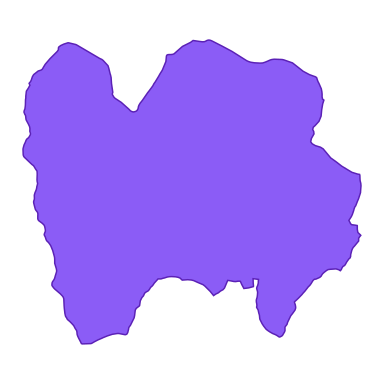 the district of Si Ma Cai, Lào Cai, Vietnam
{"feature_id": "81297802B8681355150837", "entity_name": "Si Ma Cai", "entity_type": "district", "adm_level": 2, "iso_a3": "VNM", "parent_name": "Vietnam", "parent_adm1": "Lào Cai", "projection": "albers", "projection_center": [104.253, 22.664], "detail": "fine", "context": "isolated", "style": "filled", "palette": "violet", "viewbox_px": 384, "rotation_deg": 0, "n_neighbors": 0, "source": "geoboundaries", "source_scale": "gbopen_adm2", "svg_char_len": 5849}
<svg xmlns="http://www.w3.org/2000/svg" viewBox="0 0 384 384"><path d="M359.6,174.4L357.7,174.1L351.9,172.3L341.8,166.2L336.8,162.3L330.7,157.9L323.2,148.9L320.5,147.2L315.3,145.6L312.2,143.8L310.7,141.8L311.4,138.5L314.0,133.9L313.7,131.4L312.7,129.5L313.3,127.2L315.1,125.6L319.0,121.3L321.1,116.1L321.7,109.8L322.7,103.9L323.9,100.1L322.5,99.1L322.5,98.6L322.1,97.0L322.1,94.1L321.9,91.9L321.3,88.8L319.0,83.5L318.0,81.6L317.4,80.0L316.7,77.8L316.5,77.5L315.6,76.9L314.8,76.5L314.3,76.4L309.4,74.6L303.2,71.3L292.5,62.9L283.9,59.9L282.1,59.5L274.2,59.2L271.9,59.5L270.2,60.0L267.7,61.1L265.1,62.2L262.5,63.0L259.9,63.1L254.4,62.8L250.6,62.2L248.5,61.5L246.7,60.7L232.0,51.4L221.7,45.9L212.1,41.0L210.4,40.3L209.4,40.1L208.2,40.1L207.1,40.4L205.0,41.5L204.1,41.7L202.5,41.8L199.3,41.4L193.1,40.5L190.5,42.4L182.5,46.4L175.2,52.8L174.1,53.8L172.8,54.3L171.5,54.5L168.1,54.6L167.2,54.9L166.7,55.4L166.4,56.2L165.9,61.5L162.3,70.2L159.9,74.0L158.7,76.2L155.1,82.1L154.0,83.6L152.8,85.9L149.1,90.9L147.6,92.8L142.5,100.2L140.2,103.1L139.3,104.6L138.9,105.3L138.4,106.7L138.1,108.6L137.4,109.9L136.8,110.7L136.2,111.1L135.4,111.5L133.7,111.9L133.0,111.9L132.0,111.6L131.1,111.2L130.3,110.7L129.1,109.4L121.3,102.4L115.2,98.4L114.2,97.5L113.7,96.8L113.3,96.1L112.4,94.7L112.4,93.5L112.8,92.3L111.5,83.5L111.1,77.5L110.5,74.8L110.2,74.1L108.8,68.3L108.0,65.7L103.1,60.4L101.8,59.4L99.6,58.4L76.6,44.9L75.7,44.5L68.6,42.8L67.9,42.8L63.8,44.1L60.6,45.6L58.8,47.0L58.5,47.6L58.4,48.5L58.4,49.6L58.0,50.4L57.1,51.6L50.0,58.7L45.2,64.3L43.2,67.6L42.8,68.4L42.1,69.4L40.8,70.2L38.2,71.0L33.9,74.4L33.4,75.0L32.4,76.7L31.3,80.0L30.6,81.5L29.1,83.3L29.9,85.3L28.1,88.5L26.4,91.1L26.3,91.7L25.8,96.2L25.8,97.9L25.5,99.8L25.4,104.4L25.3,106.0L24.9,109.0L24.3,110.3L24.0,111.8L24.0,112.2L24.8,114.3L25.2,114.9L25.6,115.8L26.0,119.3L26.2,120.0L27.7,122.8L28.5,124.3L29.5,126.5L29.9,128.2L29.9,130.2L29.8,131.1L30.1,132.2L30.4,133.1L30.5,134.0L30.4,134.4L30.2,135.0L29.1,136.9L28.5,137.7L26.8,139.1L26.1,140.2L25.3,142.3L24.1,144.8L23.7,146.2L23.1,148.4L23.0,149.2L23.2,154.8L23.4,155.6L23.8,156.5L24.3,157.2L31.0,163.6L32.2,164.7L33.2,165.4L33.7,165.9L35.5,168.9L37.0,171.1L37.1,171.6L37.2,174.1L37.0,179.9L37.1,180.9L37.2,181.8L37.5,182.9L37.6,183.7L36.8,186.8L36.6,188.3L36.1,190.1L35.0,192.7L34.3,195.1L34.4,198.4L34.3,199.4L33.7,201.2L33.6,202.1L33.8,203.4L34.3,205.4L35.3,209.2L35.8,210.1L37.5,212.3L37.7,213.0L37.9,213.9L37.8,215.9L37.8,217.2L37.8,218.7L38.0,219.5L38.3,220.1L38.9,220.8L42.0,223.1L43.6,224.6L44.3,225.5L44.7,226.7L45.0,228.0L45.3,229.7L45.4,231.1L44.4,233.7L44.2,234.7L44.5,235.6L45.2,236.8L46.1,239.6L46.6,240.6L47.2,241.3L48.5,242.5L50.1,244.7L50.8,245.9L52.7,250.5L54.4,256.7L54.6,257.9L54.7,259.7L54.7,263.3L56.3,268.6L56.6,270.3L56.6,271.1L56.5,271.9L56.3,272.6L55.4,275.5L54.7,278.0L54.2,279.3L52.6,281.7L52.2,282.5L52.0,283.5L51.9,285.1L52.0,285.4L52.2,285.9L52.5,286.3L53.6,287.8L54.7,289.0L60.3,293.8L62.2,295.8L63.0,296.8L63.5,297.9L63.8,299.0L64.1,305.7L64.3,308.3L64.9,313.4L65.3,315.3L65.6,316.4L65.8,316.8L66.5,317.6L67.1,319.0L68.1,320.1L69.6,321.3L71.5,323.2L73.7,325.6L75.2,328.5L76.5,330.4L76.9,331.7L77.1,334.3L77.6,335.9L78.5,337.9L80.7,342.1L81.4,343.6L82.0,343.8L82.5,343.9L90.8,343.6L91.1,343.5L91.6,343.4L94.7,341.6L98.0,339.9L102.2,338.1L102.7,337.8L107.4,335.9L112.3,334.3L117.4,333.5L118.9,333.5L125.0,334.7L125.3,334.7L125.8,334.6L126.5,334.3L127.1,333.8L127.3,333.2L127.7,332.7L128.6,329.1L128.7,328.1L128.9,327.4L129.4,326.7L130.5,325.2L134.1,317.9L134.6,315.6L135.2,310.6L135.3,310.1L136.2,308.4L139.3,306.0L139.6,305.6L140.3,300.8L141.9,297.6L143.5,295.8L144.4,293.7L144.8,293.1L145.4,292.5L146.8,291.6L147.9,291.1L149.3,289.6L149.9,288.5L150.8,287.2L152.2,286.0L153.2,284.8L154.2,283.2L158.1,278.9L161.0,278.9L161.4,278.8L163.2,278.2L164.3,278.0L167.4,277.0L169.3,276.7L171.7,276.6L175.5,276.8L178.1,277.3L180.1,278.1L181.2,279.2L182.2,280.1L187.7,279.7L191.3,280.0L193.7,280.6L197.2,282.2L203.1,284.7L204.9,286.1L210.2,291.4L213.6,295.6L215.7,294.1L218.4,292.8L220.4,291.1L223.0,289.7L224.5,288.0L227.7,280.4L229.8,280.7L233.9,281.5L235.6,281.6L238.1,281.2L239.7,281.2L240.4,281.4L241.7,284.4L243.9,288.5L248.6,287.9L253.4,286.6L253.5,286.0L253.2,282.8L253.1,278.7L258.5,279.4L258.3,281.1L258.3,282.9L257.8,285.0L257.4,286.1L256.9,287.1L256.7,288.2L256.7,288.7L257.0,289.7L257.5,291.6L257.6,292.5L257.4,295.2L257.1,297.3L256.4,299.6L256.3,300.3L256.3,301.1L256.4,302.3L256.7,303.6L256.9,305.3L256.8,306.3L256.6,307.0L256.7,307.6L257.1,308.2L258.1,309.9L258.8,313.1L259.3,314.7L259.5,315.9L259.7,318.2L259.9,319.3L262.1,323.7L263.6,326.0L266.0,329.1L267.3,330.2L269.8,331.9L272.6,333.5L275.3,334.6L276.8,335.4L279.2,337.0L279.8,337.0L280.7,336.6L281.8,336.0L282.5,335.4L284.6,331.8L285.0,330.6L285.0,328.4L284.9,327.5L285.4,326.4L285.7,326.1L287.0,324.4L287.6,322.3L290.8,315.7L292.5,313.6L295.0,310.1L295.6,308.3L295.7,307.2L295.3,304.8L294.5,302.5L294.5,301.8L296.3,300.2L298.5,298.1L301.9,294.6L303.2,293.0L304.8,291.3L308.3,286.8L309.8,285.4L311.1,283.6L313.0,280.5L314.3,279.3L315.9,279.1L319.1,277.7L320.0,277.2L321.2,276.1L321.7,275.1L322.6,273.8L324.1,272.4L326.4,270.6L328.0,269.6L330.1,269.3L336.0,268.9L339.0,269.8L339.5,270.3L340.4,270.7L341.4,269.4L341.8,268.3L342.9,266.5L344.6,265.5L345.1,264.8L345.4,264.4L346.7,262.0L348.9,258.9L350.1,257.9L350.6,256.5L350.7,254.6L351.3,252.2L351.8,250.3L352.5,248.6L353.4,247.2L354.3,246.3L357.5,242.4L358.5,241.2L358.7,240.9L358.6,240.2L358.7,238.2L359.7,236.7L360.8,235.4L360.6,235.1L357.9,232.5L357.6,231.1L357.3,229.2L357.3,225.9L357.2,225.5L354.9,225.1L351.7,224.7L351.1,224.2L350.6,223.7L348.9,220.4L351.3,216.7L352.3,214.6L353.6,210.8L354.1,208.9L354.8,207.0L355.7,205.8L357.6,200.9L358.5,198.9L360.5,192.7L360.7,189.6L361.0,185.8L360.8,183.4L360.1,180.5L360.0,178.8L359.9,175.5L359.6,174.4Z" fill="#8b5cf6" stroke="#5b21b6" stroke-width="1.5"/></svg>